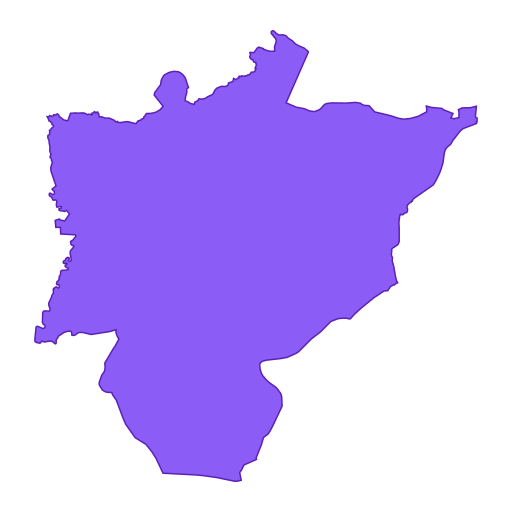 the district of Chum Saeng, Nakhon Sawan, Thailand
{"feature_id": "78962969B30138061095359", "entity_name": "Chum Saeng", "entity_type": "district", "adm_level": 2, "iso_a3": "THA", "parent_name": "Thailand", "parent_adm1": "Nakhon Sawan", "projection": "orthographic", "projection_center": [100.257, 15.84], "detail": "fine", "context": "isolated", "style": "filled", "palette": "violet", "viewbox_px": 512, "rotation_deg": 0, "n_neighbors": 0, "source": "geoboundaries", "source_scale": "gbopen_adm2", "svg_char_len": 5828}
<svg xmlns="http://www.w3.org/2000/svg" viewBox="0 0 512 512"><path d="M249.8,52.7L250.5,54.7L249.7,56.7L250.0,57.8L251.4,59.4L253.0,59.9L253.6,61.9L255.9,62.5L255.8,63.2L256.4,65.2L255.3,67.4L255.2,68.5L256.0,68.9L255.2,70.2L254.8,71.5L253.4,72.1L251.3,72.2L249.7,74.5L247.9,74.9L246.0,76.1L245.0,75.8L244.2,76.3L241.9,75.9L241.6,76.4L241.0,76.1L239.8,76.6L239.2,76.2L238.8,76.9L238.9,77.8L237.9,78.0L236.1,79.7L233.6,78.4L232.8,81.6L228.8,82.8L228.4,83.2L228.1,84.9L227.4,85.7L225.2,86.5L221.5,86.3L216.9,88.1L214.9,90.1L212.7,94.4L207.5,96.8L205.1,98.6L204.0,98.5L202.1,99.2L198.8,98.8L197.7,100.8L194.9,102.0L194.2,104.4L190.2,103.4L187.9,101.7L185.2,100.8L185.5,97.1L186.8,92.6L186.7,89.2L187.1,88.5L188.5,87.7L185.6,78.8L184.8,77.1L182.8,74.6L180.6,72.9L178.5,71.8L173.9,71.3L169.1,72.4L164.7,74.7L163.5,75.9L161.7,79.1L161.0,81.4L160.7,84.5L154.7,92.6L154.2,95.1L163.1,106.3L160.1,109.7L156.5,111.9L153.8,112.8L150.7,113.4L146.6,113.5L145.7,114.3L145.0,115.9L143.9,116.8L143.6,118.2L141.4,119.2L140.5,120.2L138.2,120.8L135.9,123.7L128.1,121.7L125.8,121.7L120.0,122.6L117.9,122.3L117.6,121.4L116.0,122.0L114.3,120.3L109.3,118.1L105.1,118.1L101.9,116.8L99.5,116.9L99.1,116.4L98.7,113.7L98.1,113.5L97.9,112.2L97.2,112.0L95.7,112.8L94.6,111.6L94.2,111.7L93.5,112.9L92.0,113.1L92.1,114.6L91.8,115.0L90.5,114.2L88.7,114.2L87.7,114.8L85.4,113.5L83.6,112.9L82.8,113.4L82.2,112.9L77.2,113.2L76.1,112.9L70.5,113.3L67.9,120.5L66.6,120.7L63.8,119.9L59.2,116.4L58.8,115.0L57.4,113.9L56.3,114.3L55.6,115.0L53.6,114.8L53.2,115.8L52.7,116.0L51.1,116.2L49.6,115.6L49.0,116.6L47.2,116.6L48.9,120.2L48.9,120.9L50.3,121.3L50.9,122.3L52.0,123.2L52.0,124.6L53.0,124.9L53.5,126.1L53.2,127.0L51.1,128.6L50.8,129.8L49.4,130.4L49.9,131.8L49.5,132.9L49.6,134.6L48.0,135.3L47.7,137.3L49.2,141.3L49.1,142.8L50.0,147.0L49.7,150.7L50.9,154.4L50.0,157.2L51.4,158.8L51.5,160.4L52.3,162.3L50.7,167.8L51.0,171.1L56.0,185.9L52.1,189.1L53.2,190.6L54.4,191.4L54.3,194.0L52.5,194.6L50.7,193.3L50.0,193.1L49.3,193.6L49.2,195.1L49.8,196.1L51.8,197.4L52.8,199.9L53.8,200.2L55.3,199.9L56.5,200.5L56.9,201.8L56.3,204.0L56.7,207.0L57.9,207.1L60.3,206.3L61.3,206.8L61.3,208.0L58.9,208.9L59.2,210.3L60.1,210.7L62.4,210.9L64.6,211.5L66.4,210.4L69.5,213.9L64.7,221.0L60.0,219.9L59.6,219.0L55.2,220.4L55.8,227.4L60.4,227.4L60.7,234.0L75.2,234.8L76.0,236.1L72.6,240.3L71.1,241.0L70.5,241.8L70.9,244.2L71.9,245.2L73.6,245.8L73.9,246.6L70.3,251.1L70.1,253.3L71.3,258.9L71.0,260.7L69.9,261.4L69.0,261.1L68.6,259.9L69.3,259.0L69.4,258.2L69.0,257.6L68.0,257.4L66.6,257.8L65.4,259.3L65.6,260.3L63.7,261.0L63.2,261.7L63.4,263.0L64.1,263.5L66.4,263.2L67.0,263.5L66.9,264.6L65.3,265.1L65.1,266.2L66.0,267.3L68.2,268.2L68.4,269.0L67.7,269.7L64.3,270.3L61.9,270.3L60.7,271.3L60.5,274.5L59.2,276.6L59.4,278.6L58.8,279.0L59.1,279.7L58.7,280.3L57.0,281.6L56.5,283.9L57.2,284.8L58.9,284.6L59.4,286.6L58.5,288.1L56.1,286.8L53.7,288.4L54.0,289.0L53.4,289.1L53.3,289.8L53.4,293.1L52.2,294.8L51.2,297.9L48.8,302.8L48.8,305.3L49.9,308.6L50.0,310.1L49.0,311.1L44.0,310.9L43.3,311.6L42.7,312.9L42.4,322.2L43.1,324.0L45.0,325.6L45.1,326.9L44.1,328.2L42.9,328.5L37.6,326.3L36.7,326.5L36.1,327.1L34.9,338.7L34.9,341.3L36.1,342.4L39.8,343.2L40.5,342.9L41.8,341.1L44.2,342.0L50.7,341.0L52.6,341.7L54.9,343.7L55.7,343.8L56.2,343.0L56.2,339.9L57.5,338.2L58.4,336.2L63.9,332.5L67.3,331.4L69.7,331.1L71.1,331.6L71.7,332.5L71.8,335.1L73.6,335.5L75.2,335.0L78.0,332.9L79.9,332.4L82.8,332.5L91.1,334.5L110.0,331.5L116.2,329.7L115.9,332.3L116.3,333.8L117.7,337.2L118.9,339.0L115.0,346.3L113.5,348.3L104.8,363.1L105.1,367.6L104.8,370.0L104.0,372.1L101.9,374.9L99.3,382.0L99.1,383.7L99.4,385.2L102.2,389.8L103.6,390.8L105.3,391.8L107.9,392.4L111.8,392.5L112.4,394.5L116.4,400.4L123.2,418.5L125.8,424.4L135.2,437.7L146.0,444.4L151.8,451.7L156.1,458.5L163.0,473.2L197.0,475.0L203.0,475.6L216.6,477.5L234.9,481.3L237.7,481.1L241.2,480.3L239.7,472.5L241.5,470.1L243.9,465.0L256.5,459.4L256.1,458.0L261.5,444.4L263.5,437.5L267.9,434.2L269.8,431.5L272.8,425.8L282.1,406.1L281.7,397.0L280.9,393.8L277.2,388.6L275.4,386.9L269.8,383.0L266.8,380.4L262.7,375.7L261.4,373.1L260.1,369.1L259.7,364.8L260.2,363.0L262.2,361.3L266.8,360.1L280.5,358.6L287.1,357.4L296.6,353.1L298.7,351.6L311.5,338.8L320.7,331.7L331.0,321.3L338.1,318.7L342.3,318.2L346.6,318.2L348.9,318.9L350.4,318.8L353.7,315.0L360.8,308.4L373.8,297.8L384.0,291.0L387.7,290.7L390.5,286.6L392.6,285.3L394.2,285.0L396.5,283.1L397.6,282.9L397.6,282.4L396.4,280.5L395.7,277.5L393.8,266.7L392.2,260.7L392.5,257.5L391.6,255.9L391.4,254.1L391.8,250.6L391.6,249.7L392.1,248.5L397.4,245.0L398.1,244.3L399.2,241.6L399.2,227.9L398.9,222.5L399.8,215.0L400.4,215.0L400.7,214.4L402.8,214.8L404.6,213.2L406.3,212.7L407.2,211.9L407.6,209.4L407.0,206.9L407.1,205.7L409.4,203.0L411.3,202.1L411.5,201.1L412.2,201.2L413.3,198.9L433.3,184.9L435.9,180.7L439.6,173.1L440.9,169.6L443.0,162.8L444.2,153.8L445.1,150.2L446.9,147.4L450.5,144.5L452.9,140.4L460.4,130.8L463.1,128.6L476.5,123.5L476.4,121.9L476.9,122.0L477.1,121.4L477.1,118.0L476.1,117.7L475.4,116.3L476.4,106.2L470.5,107.7L462.2,107.9L458.4,109.6L459.0,112.5L458.9,117.6L453.9,118.7L450.9,118.0L453.0,113.5L443.8,109.9L441.8,108.4L431.2,107.4L426.3,106.0L426.8,110.1L426.6,111.9L418.2,116.3L410.6,118.4L403.8,119.2L398.6,118.3L390.3,115.6L374.7,111.9L369.1,105.7L364.1,105.3L362.3,104.6L360.4,103.2L355.4,102.4L346.4,103.1L332.4,102.9L327.1,103.4L324.4,104.5L321.6,107.8L319.2,109.8L314.5,111.6L309.7,111.0L304.3,108.7L296.3,107.2L286.1,102.8L308.3,52.2L308.1,51.3L304.0,48.0L299.7,46.2L295.7,44.1L292.2,40.7L288.4,38.3L285.8,35.6L282.8,34.8L278.9,35.0L276.2,33.3L274.1,31.2L272.6,30.7L271.2,31.7L271.3,33.5L275.6,38.7L276.2,40.3L276.0,42.4L274.5,46.6L274.7,51.2L270.6,51.3L268.5,51.0L263.4,49.2L263.4,48.6L258.8,47.1L257.2,48.1L253.9,52.6L250.3,52.4L249.8,52.7Z" fill="#8b5cf6" stroke="#5b21b6" stroke-width="1.5"/></svg>